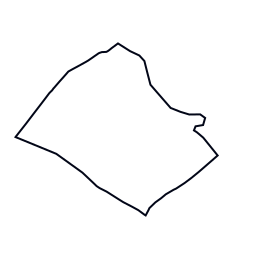 outline of Abu Karinka, Eastern Darfur, Sudan, rotated 302°
{"feature_id": "16777658B5227660159889", "entity_name": "Abu Karinka", "entity_type": "district", "adm_level": 2, "iso_a3": "SDN", "parent_name": "Sudan", "parent_adm1": "Eastern Darfur", "projection": "albers", "projection_center": [26.599, 11.574], "detail": "fine", "context": "isolated", "style": "outline", "palette": "ink", "viewbox_px": 256, "rotation_deg": 302, "n_neighbors": 0, "source": "geoboundaries", "source_scale": "gbopen_adm2", "svg_char_len": 1096}
<svg xmlns="http://www.w3.org/2000/svg" viewBox="0 0 256 256"><g transform="rotate(302 128 128)"><path d="M152.2,218.6L159.7,196.9L160.9,188.5L160.9,185.2L165.2,184.4L170.3,190.1L177.4,188.1L177.8,182.0L172.1,173.1L171.9,172.8L169.5,163.9L167.6,153.5L173.7,133.5L176.6,124.1L185.7,114.5L193.5,106.4L195.5,99.2L194.3,89.1L194.4,74.7L187.3,71.9L186.8,71.7L186.4,71.6L184.1,70.8L182.7,70.2L182.4,70.1L181.1,69.3L180.7,68.8L179.7,67.3L179.5,67.1L178.6,65.7L176.8,64.2L175.8,63.5L175.3,63.3L172.7,62.2L171.6,61.7L168.5,60.4L163.9,58.4L163.4,58.1L162.0,57.4L154.1,53.0L148.5,49.8L144.3,47.5L137.5,46.4L131.2,45.3L122.8,44.0L122.0,43.8L121.2,43.8L120.3,43.7L119.6,43.7L119.0,43.5L116.4,42.9L116.0,42.8L109.2,42.2L101.8,41.5L90.4,40.4L77.5,39.2L60.8,37.4L60.7,37.4L68.1,80.9L66.0,113.0L62.8,129.0L62.1,132.2L62.0,135.8L62.7,143.6L62.7,143.8L62.6,158.3L62.6,163.2L63.4,173.3L63.8,180.2L63.2,188.0L63.2,189.3L69.1,188.9L71.4,188.6L79.4,190.6L86.0,193.3L91.8,195.2L99.8,199.4L102.1,200.9L111.2,205.1L119.2,208.2L128.0,211.2L139.7,214.8L152.2,218.6Z" fill="none" stroke="#020617" stroke-width="2"/></g></svg>